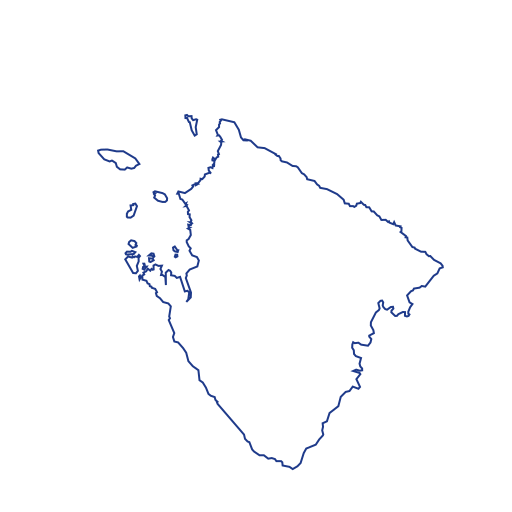 outline of Kota Sorong, Papua Barat, Indonesia, rotated 48°
{"feature_id": "22746128B11366688050704", "entity_name": "Kota Sorong", "entity_type": "district", "adm_level": 2, "iso_a3": "IDN", "parent_name": "Indonesia", "parent_adm1": "Papua Barat", "projection": "mercator", "projection_center": [131.281, -0.866], "detail": "fine", "context": "isolated", "style": "outline", "palette": "blue", "viewbox_px": 512, "rotation_deg": 48, "n_neighbors": 0, "source": "geoboundaries", "source_scale": "gbopen_adm2", "svg_char_len": 6155}
<svg xmlns="http://www.w3.org/2000/svg" viewBox="0 0 512 512"><g transform="rotate(48 256 256)"><path d="M390.3,132.9L388.1,127.8L389.4,124.8L388.1,123.9L385.0,123.7L378.0,126.3L372.6,126.5L371.9,127.6L368.8,128.1L366.2,127.4L363.2,130.5L357.0,132.9L355.9,132.5L354.0,133.8L345.9,132.9L343.5,131.2L342.2,132.3L341.5,131.2L334.9,132.5L334.9,131.4L332.5,129.0L331.0,129.6L330.6,128.8L326.8,131.8L323.3,130.7L324.2,132.7L320.5,134.5L319.2,134.0L319.0,135.1L315.9,135.4L313.1,138.7L309.1,137.8L306.9,138.7L301.7,138.7L300.2,140.2L295.6,139.3L293.6,141.3L291.2,140.7L290.1,141.6L285.9,141.8L286.4,143.1L284.6,146.0L285.7,147.9L285.3,150.1L284.0,150.4L281.8,152.8L279.2,152.1L276.3,154.8L272.8,153.2L264.3,154.3L253.8,158.5L248.3,162.7L246.1,162.1L243.7,162.7L239.4,162.3L233.2,166.6L231.3,165.6L227.5,165.6L225.1,166.5L218.0,165.6L216.2,166.1L213.5,168.6L207.2,170.4L203.0,173.4L201.3,173.6L199.9,172.5L196.9,172.1L196.0,173.2L193.7,173.6L193.6,173.1L181.6,177.4L176.3,182.1L166.8,182.8L161.8,186.2L161.3,187.3L162.5,187.0L161.6,187.9L157.8,187.8L150.7,184.3L142.1,182.6L131.6,189.9L130.9,191.3L131.9,191.5L132.2,193.4L133.4,194.0L133.6,195.5L135.5,197.2L135.7,201.5L140.5,203.3L140.7,204.0L141.6,202.7L143.5,202.8L146.8,203.5L147.0,205.0L148.1,204.6L147.0,206.0L148.4,205.8L150.1,207.7L152.5,214.2L155.5,215.4L155.2,216.4L156.9,217.6L156.4,219.3L157.1,221.6L154.1,222.1L154.9,223.7L155.8,224.4L157.5,223.1L159.2,225.1L159.4,226.6L160.3,226.1L161.1,227.0L160.2,227.9L161.5,229.5L159.6,230.4L158.7,232.4L160.9,233.9L164.5,234.2L163.0,234.8L161.2,239.4L162.6,241.0L162.9,244.5L161.5,245.5L162.5,246.5L163.1,250.3L162.4,251.2L163.3,251.0L162.9,251.6L163.5,251.7L163.1,253.4L161.9,252.8L161.0,256.0L162.3,256.2L162.8,259.2L161.7,266.7L156.1,270.5L157.0,272.8L158.1,271.7L163.0,274.0L164.8,273.0L169.8,273.6L170.0,272.8L170.3,273.5L171.8,273.1L171.8,274.9L172.3,274.1L177.3,275.3L177.6,277.1L179.4,278.5L180.7,277.4L182.7,279.4L186.2,280.1L186.6,281.4L188.1,281.6L187.0,282.5L188.9,282.2L189.5,283.9L187.4,285.4L189.4,286.6L190.4,286.0L189.8,286.8L190.0,287.0L190.5,286.6L190.1,288.2L192.6,287.4L196.8,290.4L198.3,294.8L198.0,297.0L199.3,298.2L203.8,299.5L206.6,299.4L207.6,301.9L212.8,303.0L217.3,300.6L221.1,301.5L224.5,306.6L221.7,314.3L222.4,319.4L224.2,320.5L225.4,322.9L239.7,328.8L243.1,332.2L243.5,338.5L242.9,335.4L238.4,330.0L236.0,330.2L234.7,332.6L220.7,326.4L219.3,329.5L216.4,329.7L213.5,332.0L211.5,330.0L209.5,329.7L207.9,330.4L208.0,334.2L217.3,342.4L210.9,337.4L207.5,338.2L206.6,339.3L204.7,336.4L201.7,335.7L200.2,332.4L198.1,335.1L195.0,336.4L194.5,338.5L197.5,341.1L197.1,342.0L195.7,342.3L196.2,344.4L193.1,344.9L193.9,347.9L193.0,350.8L194.9,351.4L194.4,353.6L197.6,356.2L201.1,354.0L203.8,354.9L205.6,354.0L207.4,355.1L208.8,354.2L209.9,354.7L213.0,352.9L216.7,353.8L216.6,355.2L219.3,356.5L223.1,355.6L228.1,355.8L232.6,352.9L236.4,353.0L242.9,361.0L244.7,361.6L245.2,363.7L258.6,368.3L260.6,371.9L264.9,373.9L268.1,371.7L275.7,371.8L281.2,372.6L288.9,376.6L295.7,376.7L302.3,375.2L310.5,381.1L314.4,380.2L320.4,381.3L326.7,383.6L329.6,383.1L333.2,381.1L335.7,382.4L339.6,382.1L337.3,382.4L340.2,383.5L380.7,384.4L384.5,386.5L388.2,386.4L389.9,385.5L397.2,388.3L400.0,388.3L406.5,386.7L409.3,383.5L414.8,382.5L416.7,379.5L419.6,377.8L422.1,378.1L425.3,374.6L426.9,374.5L429.5,376.4L435.1,372.2L438.9,371.3L440.0,365.9L439.7,361.4L434.4,352.4L432.7,347.5L436.2,337.8L434.6,331.7L434.1,326.4L433.6,325.4L429.9,323.5L427.8,320.5L424.9,318.4L426.3,313.9L421.9,306.4L422.7,295.3L417.4,287.3L417.0,280.3L418.9,276.9L417.8,271.5L423.2,268.7L422.9,266.3L414.7,263.8L413.6,257.5L412.2,257.3L406.5,260.7L407.5,257.6L410.7,255.6L412.0,253.6L410.6,252.4L407.9,252.4L405.3,251.1L402.1,246.2L397.2,248.8L394.4,248.7L391.5,246.4L388.5,245.9L386.2,243.6L385.1,241.5L386.8,241.0L389.0,237.9L392.2,237.2L397.6,232.8L396.9,228.8L394.9,225.9L391.7,225.8L390.9,225.1L392.2,220.0L389.6,218.4L384.5,217.2L382.1,214.9L378.2,204.7L378.4,200.9L377.7,199.2L372.8,196.6L372.6,193.5L373.5,192.1L375.6,192.5L377.5,194.9L379.1,195.5L381.9,195.5L383.6,194.5L384.1,190.0L385.4,188.2L387.0,189.1L387.3,191.9L388.4,193.1L393.7,192.7L394.8,191.3L394.5,189.1L395.9,184.3L397.4,182.8L400.1,185.3L401.9,184.3L402.6,182.7L402.1,181.1L400.8,181.4L399.3,180.1L397.2,175.7L396.4,171.9L393.2,172.9L386.4,170.1L385.9,164.4L386.6,162.4L385.9,160.4L389.0,155.6L389.2,152.9L392.0,150.7L389.6,137.1L390.3,132.9ZM102.7,280.4L89.4,284.5L84.9,289.6L77.5,295.1L73.3,300.0L72.0,302.8L74.2,304.1L82.6,304.1L87.8,301.5L88.7,299.2L89.6,298.9L93.1,298.0L96.6,299.7L100.7,299.0L104.0,295.7L104.0,292.5L107.7,290.2L109.1,287.6L108.6,284.8L109.6,281.1L102.7,280.4ZM178.4,342.3L176.8,342.3L177.2,344.8L175.4,346.2L175.3,347.5L173.7,348.0L174.2,349.2L170.8,351.4L171.0,355.4L186.4,358.7L188.5,356.8L188.0,353.7L183.6,351.2L181.5,346.8L178.8,344.5L178.4,342.3ZM115.4,208.5L114.3,209.0L113.0,211.8L110.7,211.7L108.9,210.3L106.9,212.8L105.0,212.9L104.2,214.4L106.3,216.1L107.3,214.9L111.5,216.2L112.3,215.7L119.6,219.7L125.5,221.0L125.9,218.6L119.9,214.6L115.4,208.5ZM149.2,282.5L146.7,283.4L140.3,287.8L140.0,289.5L141.1,290.0L142.0,289.3L142.0,290.4L143.5,290.5L144.5,292.6L149.3,291.9L153.3,289.3L155.1,287.2L155.1,285.0L153.6,283.4L149.2,282.5ZM139.3,311.1L136.3,310.6L135.2,312.5L136.1,313.2L134.5,315.4L138.2,317.8L137.3,321.3L138.2,323.7L140.4,325.7L141.4,325.7L143.6,323.5L144.1,319.9L139.3,311.1ZM166.3,336.3L163.6,336.3L160.8,338.3L160.7,340.9L161.8,342.7L167.4,342.2L169.0,338.4L168.5,337.6L167.1,338.1L166.3,336.3ZM172.7,345.6L172.4,343.1L169.1,344.8L168.9,346.4L166.4,349.0L166.6,351.1L167.7,351.5L168.6,350.9L172.7,345.6ZM199.1,310.6L194.6,310.0L194.2,312.0L196.6,313.5L198.5,313.1L200.6,311.5L199.7,310.0L199.1,310.6ZM189.9,338.4L190.7,334.9L188.9,334.5L186.1,337.0L188.7,339.0L189.9,338.4ZM188.3,331.8L185.7,330.6L184.0,332.0L183.9,335.3L185.9,333.2L188.3,332.8L188.3,331.8ZM189.7,348.8L191.4,348.2L190.7,344.4L188.6,347.2L189.7,348.8ZM203.2,316.6L203.7,314.7L202.3,313.7L201.1,314.9L202.2,316.8L203.2,316.6ZM194.8,356.1L192.8,355.3L192.9,356.6L195.5,358.2L194.8,356.1ZM187.6,345.2L188.0,344.6L187.0,344.1L186.4,344.8L187.6,345.2Z" fill="none" stroke="#1e3a8a" stroke-width="2"/></g></svg>